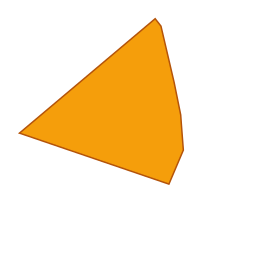 outline of 4, Ad Dawhah, Qatar, rotated 232°
{"feature_id": "91078587B32621673387065", "entity_name": "4", "entity_type": "district", "adm_level": 2, "iso_a3": "QAT", "parent_name": "Qatar", "parent_adm1": "Ad Dawhah", "projection": "robinson", "projection_center": [51.536, 25.281], "detail": "fine", "context": "isolated", "style": "filled", "palette": "amber", "viewbox_px": 256, "rotation_deg": 232, "n_neighbors": 0, "source": "geoboundaries", "source_scale": "gbopen_adm2", "svg_char_len": 274}
<svg xmlns="http://www.w3.org/2000/svg" viewBox="0 0 256 256"><g transform="rotate(232 128 128)"><path d="M58.6,125.7L76.5,158.0L98.9,172.9L105.9,177.6L135.3,192.3L188.0,216.7L197.4,216.7L190.8,39.3L58.6,125.7Z" fill="#f59e0b" stroke="#b45309" stroke-width="1.5"/></g></svg>